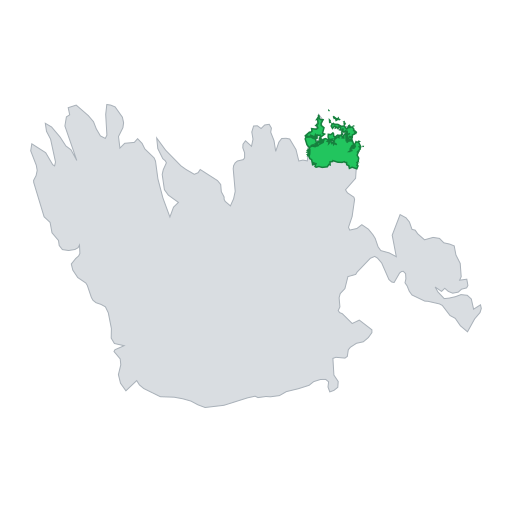 location of Belmullet-Lea-3, Mayo, Ireland, rotated 90°
{"feature_id": "5873133B47562740874876", "entity_name": "Belmullet-Lea-3", "entity_type": "district", "adm_level": 2, "iso_a3": "IRL", "parent_name": "Ireland", "parent_adm1": "Mayo", "projection": "albers", "projection_center": [-9.902, 54.113], "detail": "fine", "context": "in_parent", "style": "filled", "palette": "green", "viewbox_px": 512, "rotation_deg": 90, "n_neighbors": 0, "source": "geoboundaries", "source_scale": "gbopen_adm2", "svg_char_len": 9541}
<svg xmlns="http://www.w3.org/2000/svg" viewBox="0 0 512 512"><g transform="rotate(90 256 256)"><path d="M315.5,62.0L305.4,69.7L303.9,72.6L301.3,84.0L301.1,87.2L295.0,100.0L291.3,102.7L285.9,104.9L282.8,107.0L278.8,106.1L273.7,106.4L271.3,108.7L271.5,110.4L273.0,112.4L282.5,117.9L282.0,120.3L279.5,123.1L263.0,130.3L258.1,134.5L256.4,137.3L258.3,141.7L272.1,154.9L274.4,156.3L276.6,164.1L288.6,167.1L293.6,171.8L297.8,172.9L306.9,172.1L310.6,173.8L312.6,172.4L313.7,169.7L323.5,159.8L320.1,152.7L329.8,140.1L332.6,140.1L337.6,143.7L341.8,148.7L343.3,155.6L347.3,161.7L349.8,163.7L356.4,164.7L358.1,167.0L357.3,176.1L358.4,179.1L375.1,178.1L381.5,173.8L387.3,174.2L390.4,178.1L391.9,182.2L387.0,184.0L381.8,183.4L379.4,186.3L379.5,191.6L381.6,198.3L385.3,202.9L388.7,213.6L391.6,225.6L395.6,232.6L396.8,241.6L396.5,246.1L397.6,254.0L396.2,256.9L397.8,264.3L405.3,288.1L407.5,306.9L404.8,314.1L401.1,321.0L398.8,329.1L397.2,337.8L396.7,351.7L388.5,368.3L384.9,372.6L380.6,375.3L390.8,386.1L383.2,391.5L374.6,393.6L364.8,391.2L358.9,391.8L351.5,398.0L349.7,397.0L345.7,387.9L343.5,397.6L338.1,400.8L328.6,400.6L312.8,403.7L306.8,406.6L304.4,411.0L302.7,416.0L300.3,419.0L297.5,420.6L285.4,424.7L283.0,426.2L277.5,434.3L270.1,439.2L264.0,440.7L258.4,436.2L256.0,433.4L253.4,432.1L245.0,432.5L247.7,433.9L249.5,437.1L250.5,443.4L249.6,449.6L245.5,452.8L240.5,453.5L232.8,460.0L222.4,461.9L216.8,467.9L182.4,478.3L180.4,478.4L175.6,475.9L170.4,474.8L165.3,475.7L150.8,481.3L143.8,480.2L152.7,466.3L164.7,459.3L165.9,457.4L162.0,456.5L139.2,461.4L131.3,465.5L123.3,466.7L127.0,460.4L137.2,451.8L146.0,446.1L149.8,441.0L160.5,435.2L126.0,447.1L116.9,445.6L114.8,442.3L107.7,443.8L105.1,435.8L115.6,423.7L121.7,418.5L128.9,415.7L135.9,411.6L138.4,406.7L135.2,405.1L114.4,406.3L104.5,405.2L105.1,401.3L106.9,396.9L117.2,389.6L122.8,388.4L127.7,389.1L136.5,393.5L148.1,392.1L143.3,387.3L142.4,377.7L138.7,374.4L143.4,369.9L148.9,367.2L157.9,357.9L161.1,356.5L178.9,354.1L198.0,349.1L217.0,342.1L207.2,338.5L202.4,333.6L195.1,343.7L189.7,347.6L174.4,349.8L169.6,348.7L162.8,345.6L160.7,346.8L158.7,349.2L148.6,354.2L138.0,355.3L150.3,346.3L165.9,331.0L169.4,326.1L174.3,317.7L172.7,313.9L169.5,311.8L180.6,294.5L184.5,291.3L191.7,290.7L197.0,287.9L199.3,287.9L201.4,286.8L205.9,281.6L198.8,278.4L191.4,276.8L168.7,278.8L165.7,278.4L162.8,276.8L161.0,274.6L159.6,268.7L157.9,267.4L152.8,267.4L147.8,269.2L144.2,269.0L140.8,266.5L146.3,260.5L139.2,259.0L132.0,260.2L126.0,258.4L125.8,254.6L128.5,250.9L125.0,247.3L124.3,242.8L128.1,240.6L132.2,241.3L140.6,238.0L151.4,236.3L142.1,233.1L138.5,230.3L138.3,225.9L139.0,222.3L149.6,216.0L161.0,213.2L160.1,209.1L160.9,204.7L149.4,203.4L138.2,206.6L139.4,198.1L142.1,190.4L142.6,185.3L142.1,179.9L136.8,182.2L136.2,174.6L133.9,169.4L126.1,173.0L126.4,166.0L128.6,161.2L132.7,159.1L136.7,160.0L144.2,160.0L151.4,156.3L161.8,155.3L178.3,156.4L189.8,166.5L192.8,164.6L197.2,158.1L199.4,157.4L216.6,159.9L227.3,163.5L230.1,162.3L228.5,155.1L224.7,150.2L229.2,143.6L234.7,139.1L238.4,136.8L246.9,133.9L250.6,131.2L252.9,122.8L256.7,115.7L235.2,119.8L214.6,111.9L217.8,106.0L222.0,102.6L229.4,100.0L230.1,96.9L233.8,94.3L239.8,87.5L237.4,78.9L238.4,72.5L242.8,68.2L244.1,62.3L245.9,57.8L254.9,56.1L263.4,51.8L276.7,50.8L280.2,52.4L279.2,45.2L285.5,44.1L287.9,45.4L289.2,50.5L292.1,53.7L293.2,59.3L291.4,63.7L288.3,67.2L291.4,70.5L287.0,76.9L291.9,74.1L298.6,67.8L298.1,62.8L296.7,56.6L294.6,51.0L295.3,44.7L299.0,40.7L309.2,38.4L304.8,31.5L308.5,30.7L312.6,32.0L318.8,37.3L331.8,44.5L325.8,51.6L318.4,56.7L315.5,62.0ZM135.8,200.9L135.6,204.2L130.5,200.0L128.1,195.5L114.4,193.4L120.1,188.9L122.9,190.3L132.6,190.5L135.3,192.4L135.8,200.9Z" fill="#d9dde1" stroke="#a8b0b8" stroke-width="1"/><path d="M167.4,189.8L166.8,184.7L164.4,183.1L164.9,181.9L161.9,182.0L161.5,179.4L160.6,179.1L162.2,174.3L162.4,169.8L161.6,167.7L162.5,166.8L162.5,165.4L164.7,165.3L165.7,163.2L168.4,162.6L167.2,159.9L168.8,155.2L165.9,154.0L165.3,155.1L163.7,154.3L162.5,155.1L161.6,153.9L158.1,153.3L155.2,154.9L152.2,153.7L151.9,154.5L148.9,151.7L146.9,152.7L147.2,151.4L146.8,151.2L142.0,153.5L142.2,155.5L141.7,156.0L144.6,157.4L146.4,156.7L148.1,157.8L148.3,158.6L146.1,157.1L145.3,157.8L149.2,161.5L151.0,159.7L150.4,161.0L151.2,161.8L151.3,161.9L151.2,162.1L151.5,162.2L151.5,162.8L150.2,161.0L149.1,161.9L145.7,160.0L144.7,158.2L141.5,159.3L140.5,161.4L141.0,162.1L140.4,162.6L142.6,165.3L140.3,164.0L139.6,164.5L140.7,164.8L140.7,165.8L135.1,166.1L133.3,165.1L134.9,165.3L133.4,162.0L135.2,165.3L136.1,165.6L136.0,164.7L138.1,164.7L137.5,164.0L139.0,163.4L139.9,160.0L138.0,160.7L137.6,159.3L137.2,162.3L136.5,162.4L137.0,159.7L134.9,159.6L134.1,157.6L133.0,157.3L133.5,156.3L132.3,155.7L131.8,156.2L132.5,156.8L130.9,157.2L130.6,158.4L129.2,158.1L126.9,159.8L127.4,161.4L125.9,162.2L127.5,162.6L127.6,164.0L125.1,163.0L128.6,164.6L128.7,165.7L125.9,168.0L126.5,170.3L124.4,174.1L124.2,177.9L123.4,178.5L124.1,179.9L126.0,180.8L128.4,179.5L126.1,177.6L126.5,176.3L128.0,176.6L127.3,175.0L128.6,174.0L126.1,172.8L128.2,171.2L129.8,172.2L130.0,170.5L129.7,169.3L129.0,169.2L129.1,168.8L131.7,170.0L131.4,168.6L132.2,168.0L130.6,166.1L132.2,166.0L131.5,164.8L132.9,164.7L133.2,166.3L135.6,168.4L138.0,168.2L137.8,169.6L137.1,168.7L135.5,171.0L134.4,169.7L133.4,170.0L135.5,171.1L136.3,173.1L137.6,173.1L137.1,174.0L135.3,173.1L135.1,174.5L136.8,176.4L137.9,175.5L139.3,177.4L137.1,176.9L136.3,178.2L133.4,178.6L132.9,179.1L134.6,181.1L134.3,183.7L137.1,183.9L139.6,182.6L139.1,179.8L140.3,180.8L140.7,178.5L141.5,178.3L141.5,178.1L141.0,178.0L140.4,177.4L143.2,178.3L143.5,176.4L144.8,175.3L143.4,177.4L144.5,178.4L141.7,178.7L143.4,180.2L141.4,181.0L140.6,182.7L142.7,182.4L143.5,183.2L142.0,182.9L141.3,184.8L139.8,183.3L138.6,186.6L139.6,189.6L139.5,187.9L141.4,188.6L140.2,189.5L142.5,190.9L142.2,189.6L142.6,189.2L144.2,192.2L142.6,191.4L142.6,194.9L143.7,194.5L145.2,195.1L145.1,193.9L146.2,193.7L145.7,194.1L146.0,195.2L145.8,195.4L146.7,196.9L146.1,199.7L146.5,201.0L145.5,200.8L144.8,198.9L146.1,198.8L145.9,196.7L143.8,196.9L143.3,195.4L139.4,196.6L138.6,195.8L138.7,197.4L136.3,198.8L138.1,195.0L136.0,194.9L136.4,195.4L135.3,196.3L136.2,196.7L136.1,197.0L134.4,196.5L135.6,195.2L134.9,194.2L135.7,192.9L135.1,192.0L137.2,191.4L134.1,187.4L133.2,189.5L127.7,188.0L125.4,190.8L123.3,190.9L119.7,189.0L119.6,191.4L118.3,192.9L116.2,192.9L114.8,193.7L116.3,193.2L119.6,195.4L119.5,194.3L123.8,193.9L124.5,195.4L127.9,194.1L129.3,195.6L128.6,200.4L131.1,200.0L132.8,202.1L132.2,202.7L134.9,205.3L136.1,205.2L136.5,203.2L136.3,201.4L135.2,201.4L135.6,200.3L136.4,200.8L137.0,200.4L136.4,199.7L138.8,198.2L137.0,201.1L137.2,204.8L136.1,205.5L138.9,206.8L144.8,205.0L147.5,202.7L146.9,201.8L149.7,203.4L150.7,203.0L149.4,202.3L149.8,202.1L154.1,202.3L155.1,202.6L154.7,202.9L154.9,203.5L155.8,202.4L155.5,203.4L156.2,203.8L155.7,203.4L158.7,202.1L159.6,200.4L162.2,199.9L163.4,197.0L164.0,198.7L163.5,199.6L164.8,199.4L163.9,196.1L166.5,197.0L167.2,195.9L166.5,193.1L167.4,189.8ZM139.6,191.9L140.1,190.4L137.4,191.4L138.0,192.6L138.5,192.6L138.3,192.4L138.2,191.5L139.6,191.9ZM141.9,191.6L140.7,192.1L141.4,193.6L141.0,194.5L142.3,193.5L141.9,191.6ZM120.4,175.9L119.2,174.0L118.3,173.9L118.9,174.6L118.4,176.4L120.4,175.9ZM118.4,177.8L118.0,176.6L116.3,178.7L118.4,177.8ZM135.8,205.8L134.7,205.5L136.2,207.2L135.8,205.8ZM143.5,194.8L144.7,196.7L144.8,195.1L143.5,194.8ZM121.4,182.4L120.6,181.9L120.0,182.5L121.4,182.4ZM150.6,204.0L151.1,203.4L150.3,204.0L150.6,204.0ZM123.9,166.7L123.3,166.6L124.4,166.9L123.9,166.7ZM122.8,182.0L122.0,181.7L121.7,182.1L122.8,182.0ZM154.2,203.3L153.8,203.7L154.7,203.7L154.2,203.3ZM152.1,203.1L152.1,202.8L151.8,202.9L152.1,203.1ZM152.8,203.0L153.2,203.4L153.5,203.2L152.8,203.0ZM152.0,203.9L152.6,203.8L151.9,203.5L152.0,203.9ZM141.5,153.5L141.4,152.9L141.2,153.2L141.5,153.5ZM155.0,204.1L154.8,203.8L154.6,204.0L155.0,204.1ZM145.8,195.8L145.6,195.3L145.4,195.7L145.8,195.8ZM153.4,204.3L153.1,204.0L153.4,204.3ZM153.2,202.9L153.4,202.7L153.0,202.9L153.2,202.9ZM119.3,172.5L119.8,172.3L120.0,172.3L119.6,172.3L119.3,172.5ZM141.1,191.2L141.3,191.6L141.2,191.2L141.1,191.2ZM152.1,205.4L152.5,205.1L151.9,205.4L152.1,205.4ZM126.1,158.4L126.5,158.3L126.1,158.3L126.1,158.4ZM152.0,204.6L151.9,204.3L152.0,204.6ZM125.7,195.5L125.7,195.9L125.8,195.8L125.7,195.5ZM123.2,167.7L122.9,167.9L123.5,167.8L123.3,167.6L123.2,167.7ZM132.5,155.6L132.6,155.3L132.3,155.6L132.5,155.6ZM119.0,173.0L119.4,173.2L119.0,173.0ZM146.7,148.7L146.9,148.6L146.4,148.8L146.7,148.7ZM119.5,172.7L119.2,172.7L119.0,172.9L119.5,172.7ZM123.3,167.5L123.0,167.6L123.3,167.5ZM140.2,190.4L140.4,190.1L140.2,190.3L140.2,190.4ZM123.8,167.7L124.1,167.6L123.7,167.5L123.8,167.7ZM146.8,149.0L146.5,148.9L146.5,149.0L146.8,149.0ZM121.9,168.1L122.1,167.9L121.8,167.9L121.9,168.1ZM161.8,154.0L161.8,153.7L161.6,153.8L161.8,154.0ZM153.9,204.3L154.0,204.4L153.9,204.3ZM154.0,203.2L153.9,203.1L153.7,203.1L154.0,203.2ZM151.2,152.3L151.1,152.9L151.2,152.3ZM152.9,204.8L152.7,204.7L152.9,204.8ZM123.9,167.0L123.7,167.0L124.0,167.1L123.9,167.0ZM119.7,172.6L119.7,172.4L119.6,172.6L119.7,172.6ZM154.3,204.8L154.3,204.7L154.1,204.8L154.3,204.8ZM118.6,177.1L118.8,177.1L118.6,177.1ZM123.0,180.7L122.9,180.7L123.1,180.8L123.0,180.7ZM123.7,180.6L123.8,180.7L123.7,180.6ZM111.0,183.1L110.8,183.0L110.7,183.1L111.0,183.1ZM154.5,205.4L154.4,205.4L154.5,205.4ZM147.6,202.4L147.5,202.5L147.6,202.4ZM152.7,203.5L152.9,203.4L152.6,203.5L152.7,203.5ZM150.7,204.6L150.9,204.5L150.7,204.5L150.7,204.6Z" fill="#22c55e" stroke="#15803d" stroke-width="1.5"/></g></svg>